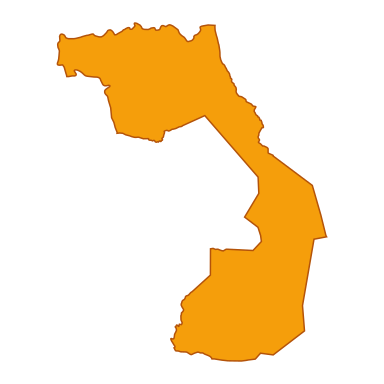 La Libertad, Comayagua, Honduras
{"feature_id": "27666195B37640617369838", "entity_name": "La Libertad", "entity_type": "district", "adm_level": 2, "iso_a3": "HND", "parent_name": "Honduras", "parent_adm1": "Comayagua", "projection": "orthographic", "projection_center": [-87.636, 14.872], "detail": "fine", "context": "isolated", "style": "filled", "palette": "amber", "viewbox_px": 384, "rotation_deg": 0, "n_neighbors": 0, "source": "geoboundaries", "source_scale": "gbopen_adm2", "svg_char_len": 5786}
<svg xmlns="http://www.w3.org/2000/svg" viewBox="0 0 384 384"><path d="M304.5,330.9L302.5,305.6L314.0,239.2L326.6,236.8L325.9,235.5L320.9,215.3L312.3,185.4L273.1,156.0L273.2,155.6L272.9,155.2L268.4,153.2L268.2,152.9L268.1,152.4L268.1,148.8L267.7,148.1L266.9,147.4L263.9,146.0L262.6,146.0L260.9,144.2L260.0,143.5L259.0,142.9L258.5,142.4L258.5,141.9L259.3,140.7L259.5,140.0L259.3,139.4L258.7,138.6L258.3,138.0L258.1,137.1L258.2,136.3L258.6,135.7L258.8,135.3L258.8,134.2L259.0,133.0L260.4,130.4L261.8,128.0L262.0,127.8L263.0,127.7L263.4,127.4L263.4,126.9L263.1,125.3L262.8,124.8L262.1,123.9L261.8,122.0L261.4,121.3L261.2,120.4L260.8,120.2L259.9,120.1L259.7,119.5L259.6,118.6L258.8,117.2L257.8,116.8L257.7,116.1L257.4,115.8L255.9,114.7L255.1,112.8L254.2,111.5L254.3,109.8L255.6,107.6L255.8,107.0L255.8,106.7L255.4,106.5L253.2,106.1L252.5,105.6L251.9,104.7L251.2,104.0L246.5,101.8L246.2,101.5L245.8,99.6L245.4,99.2L241.9,96.9L241.1,96.6L239.3,96.3L238.9,96.1L238.4,95.6L236.6,93.3L236.1,91.8L236.1,91.0L236.3,89.4L236.0,87.7L235.6,87.0L234.2,85.3L233.9,83.7L232.2,82.4L231.6,81.5L231.5,81.0L231.8,79.3L231.5,78.8L230.5,78.2L230.5,77.2L229.8,75.6L229.6,74.1L229.1,73.1L228.3,71.9L227.3,70.9L226.3,68.6L225.2,66.8L224.6,65.4L223.8,64.5L222.9,64.0L222.0,62.8L220.7,59.7L220.0,56.5L219.9,52.3L219.7,50.3L219.0,45.8L218.8,44.7L218.4,43.6L217.2,38.1L216.4,35.6L215.1,30.4L214.9,27.0L215.0,25.4L208.1,25.0L203.1,25.9L201.7,26.2L200.6,26.7L200.2,27.0L200.1,27.5L200.6,29.3L200.6,30.2L200.2,31.2L199.4,32.3L198.3,33.5L197.5,34.2L196.4,34.8L195.2,35.1L194.4,35.7L193.9,36.4L193.9,37.9L193.7,38.4L193.0,39.4L192.4,40.1L191.1,40.8L188.1,41.6L187.4,41.4L186.6,40.7L185.3,38.7L184.3,37.4L181.7,35.6L180.0,34.0L179.1,32.7L178.1,30.0L177.8,29.6L173.0,26.1L171.1,25.2L169.8,24.8L169.1,24.9L168.4,25.1L165.9,26.6L165.2,26.4L163.2,25.6L162.5,25.6L161.9,25.7L161.5,26.0L160.8,26.9L160.5,27.5L160.0,28.9L159.5,29.6L158.0,30.1L156.1,30.2L155.6,29.9L154.7,28.0L154.3,27.8L153.6,27.7L151.0,28.1L149.9,28.9L148.2,29.5L145.1,29.4L143.9,29.3L142.6,28.8L142.1,28.4L141.3,26.7L140.1,25.2L136.9,23.4L135.7,23.1L134.8,23.0L134.4,23.3L134.3,23.7L134.4,24.3L134.9,25.5L134.9,26.0L134.3,26.8L133.0,28.1L132.5,28.7L131.8,29.2L131.0,29.3L130.2,29.2L129.9,28.9L129.7,28.0L129.3,27.7L128.3,27.6L127.5,27.8L125.5,28.8L124.8,29.4L123.4,29.9L122.1,31.3L118.1,33.5L116.7,34.4L116.0,34.7L115.3,34.8L114.8,34.8L114.5,34.5L113.1,32.1L111.6,30.5L110.3,29.9L109.2,30.0L108.3,30.3L107.8,30.6L106.5,32.6L103.8,35.4L102.5,36.3L101.2,36.9L99.1,36.9L95.8,36.0L94.5,35.5L93.4,34.2L93.0,34.0L92.7,34.0L91.5,34.2L88.2,35.2L86.6,35.4L82.6,36.5L80.4,37.3L75.9,38.4L73.9,38.7L68.5,38.7L67.0,38.3L65.8,37.7L64.8,35.8L64.6,35.7L64.4,35.2L63.2,34.5L62.4,34.2L61.5,34.1L61.0,34.2L60.6,34.5L60.2,34.9L59.6,36.3L59.9,40.3L59.8,41.0L59.6,41.4L59.1,41.9L58.0,43.1L57.7,44.4L57.8,45.8L58.1,47.8L58.5,48.3L59.3,50.5L59.4,50.9L59.0,55.9L58.7,58.9L58.2,61.0L57.4,63.2L57.4,63.8L57.5,64.5L57.9,64.9L58.8,65.1L59.6,65.2L62.5,64.9L62.8,65.1L64.2,67.2L65.9,73.2L66.5,75.0L66.8,76.6L68.5,76.6L72.3,75.9L74.6,75.9L75.6,75.6L76.1,75.0L76.2,74.1L74.3,71.0L74.3,70.6L74.6,70.2L75.0,70.0L75.8,69.9L76.9,70.0L78.1,70.4L80.2,71.4L82.2,72.9L84.3,74.9L85.1,75.5L85.9,75.9L87.1,76.2L89.5,76.5L94.0,77.0L97.0,77.1L97.9,77.3L98.9,77.7L99.7,78.2L100.1,78.6L100.8,80.5L102.6,84.1L103.0,84.7L103.5,85.2L104.3,85.6L105.1,85.8L106.6,85.7L108.5,85.3L109.2,85.4L109.8,85.6L109.9,85.8L109.9,86.1L109.6,86.7L106.1,89.1L105.1,90.1L104.7,91.0L104.7,92.3L104.9,93.1L105.3,93.8L105.8,94.5L107.3,96.0L107.8,97.1L108.5,100.6L110.7,107.9L111.6,117.7L113.9,122.4L115.2,127.5L117.1,132.3L117.0,133.3L119.8,133.0L122.8,133.3L125.7,134.8L129.9,135.9L131.6,136.6L134.4,137.3L135.9,137.4L137.6,137.2L138.6,137.2L143.5,138.8L144.3,138.7L146.4,138.7L148.2,138.6L148.6,138.9L148.6,139.5L149.2,140.1L151.2,140.3L152.7,140.9L153.3,140.5L154.1,140.4L154.6,140.8L155.3,141.8L156.1,142.2L157.0,142.1L157.9,141.7L158.5,142.0L159.1,141.3L159.6,141.0L160.1,141.1L160.6,141.5L160.8,141.5L161.1,141.3L161.5,140.6L162.4,140.1L162.5,139.6L162.2,139.2L162.0,138.4L163.2,137.2L163.4,136.9L163.8,134.8L164.4,133.2L164.5,132.3L164.2,131.5L164.3,131.2L165.3,130.7L166.9,130.3L168.6,131.0L168.9,131.0L170.5,130.3L172.0,129.3L173.5,129.1L175.8,128.5L179.3,126.8L181.0,126.6L181.9,126.3L182.5,125.7L204.8,115.6L258.1,177.1L258.8,193.4L244.6,217.1L258.0,227.3L260.6,235.5L261.4,241.5L253.0,250.5L226.5,249.2L225.8,249.4L223.3,250.9L221.9,250.7L219.8,250.0L218.2,249.3L217.4,249.2L215.4,249.4L213.1,248.4L210.5,248.8L210.4,275.1L192.1,291.7L190.8,292.5L188.5,295.1L187.9,295.4L186.4,295.9L185.9,296.2L185.5,296.7L185.1,298.2L184.7,298.9L184.2,299.5L183.4,300.0L182.6,300.5L182.3,301.0L182.0,301.6L181.6,303.1L181.2,304.0L181.2,305.1L182.1,307.1L183.4,309.2L183.6,309.9L183.5,310.3L182.9,311.5L181.8,312.6L181.5,312.9L181.3,314.8L180.9,315.8L181.0,319.6L181.1,320.2L182.1,322.5L182.2,322.8L182.0,323.5L181.6,324.4L181.4,324.6L180.0,324.4L179.6,324.2L179.3,324.3L179.0,326.0L178.7,326.4L178.3,326.3L177.5,325.3L176.8,325.0L176.5,325.2L176.3,325.5L175.8,326.6L175.3,326.8L175.4,327.3L176.1,328.1L176.4,329.4L176.4,330.4L176.2,331.1L174.6,334.3L174.3,336.8L174.0,338.1L173.7,338.7L173.2,338.9L172.8,339.0L171.3,338.5L171.0,338.6L170.8,338.9L171.0,339.6L171.5,340.8L173.2,343.6L173.7,344.5L174.9,346.3L174.9,346.8L174.6,347.9L174.4,348.0L174.1,348.0L175.4,350.5L176.0,350.9L178.3,351.0L180.7,351.8L186.3,352.0L187.1,352.3L190.4,354.4L191.2,354.6L191.7,354.5L194.4,353.2L197.7,352.1L198.6,352.2L200.3,352.9L202.6,352.9L203.2,353.2L204.7,354.1L208.2,355.5L209.7,356.2L210.5,356.8L211.3,357.6L211.6,358.1L211.9,358.9L214.2,358.9L221.8,360.1L227.9,360.8L241.4,361.0L246.1,360.4L248.1,360.0L255.2,359.1L256.0,358.3L259.6,354.2L260.1,353.8L260.4,353.2L273.2,354.9L304.5,330.9Z" fill="#f59e0b" stroke="#b45309" stroke-width="1.5"/></svg>